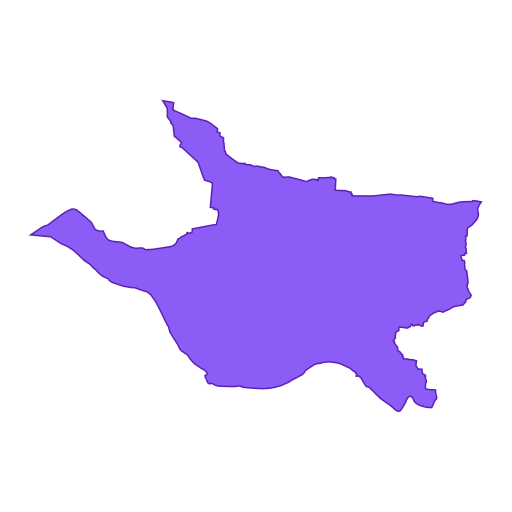 outline of Tha Ruea, Phra Nakhon Si Ayutthaya, Thailand
{"feature_id": "78962969B60015542915267", "entity_name": "Tha Ruea", "entity_type": "district", "adm_level": 2, "iso_a3": "THA", "parent_name": "Thailand", "parent_adm1": "Phra Nakhon Si Ayutthaya", "projection": "orthographic", "projection_center": [100.715, 14.546], "detail": "fine", "context": "isolated", "style": "filled", "palette": "violet", "viewbox_px": 512, "rotation_deg": 0, "n_neighbors": 0, "source": "geoboundaries", "source_scale": "gbopen_adm2", "svg_char_len": 6078}
<svg xmlns="http://www.w3.org/2000/svg" viewBox="0 0 512 512"><path d="M91.3,222.3L79.5,212.1L76.5,209.9L74.8,209.2L72.2,209.0L71.2,209.2L66.0,211.7L60.5,215.4L47.8,225.0L47.2,225.3L44.2,226.1L41.2,227.8L30.7,234.9L50.8,236.8L60.9,243.5L67.2,246.3L72.8,249.8L76.6,253.1L84.3,260.5L89.4,263.9L90.7,265.0L91.6,266.2L92.8,267.1L93.5,268.1L95.2,269.3L98.3,272.6L101.6,275.5L104.0,276.9L108.1,278.7L109.3,280.5L112.2,282.4L120.3,285.2L124.0,286.3L132.0,287.7L133.9,287.6L136.4,288.2L141.7,290.2L146.8,291.8L149.1,293.3L151.2,295.2L155.7,301.7L159.0,308.0L167.7,325.8L168.6,326.5L168.8,328.1L169.2,329.1L169.5,330.7L170.0,332.2L171.0,333.9L177.7,344.5L179.8,348.9L180.9,350.2L181.6,351.0L186.6,354.3L187.8,355.4L190.3,359.1L192.8,362.0L194.6,363.7L201.1,368.3L204.7,370.2L206.3,371.9L207.0,372.9L207.0,373.8L206.9,374.3L206.3,375.0L205.0,375.5L205.3,377.4L206.0,378.3L207.5,382.4L207.9,382.7L208.5,383.5L210.3,383.8L211.5,383.4L212.0,383.4L215.6,385.3L217.6,385.9L219.4,386.2L234.0,386.6L240.1,385.9L241.8,386.9L243.1,387.3L251.8,388.1L262.5,388.7L269.2,388.3L274.4,387.4L281.1,385.6L288.6,382.2L291.5,380.3L301.4,375.1L302.7,374.2L304.1,372.8L305.1,370.9L305.8,370.2L313.2,365.3L314.8,364.4L316.3,363.8L320.1,363.3L324.5,362.1L329.3,361.9L333.8,362.3L340.1,363.6L350.0,368.2L353.2,370.9L355.5,372.2L355.5,373.0L356.8,373.6L356.1,376.1L359.3,376.1L359.7,376.4L360.0,377.2L361.2,377.8L361.3,378.6L365.6,385.7L366.1,386.2L366.7,386.7L368.6,387.0L369.6,387.8L373.6,391.6L376.5,394.7L377.7,395.7L380.2,398.3L390.8,405.8L395.6,410.0L397.1,410.9L398.9,411.3L400.2,410.8L401.6,409.0L405.4,402.7L406.6,399.7L408.1,397.4L409.4,396.4L410.1,396.3L411.4,396.6L411.7,396.9L412.5,397.9L414.4,401.5L416.0,403.2L418.2,404.6L421.7,406.1L425.8,407.1L430.9,407.7L431.8,407.4L434.9,400.6L436.3,399.1L436.6,398.5L436.8,397.4L436.2,395.6L435.7,393.0L435.5,389.9L431.3,389.8L425.9,389.1L425.7,388.9L425.3,386.2L425.8,383.0L426.4,381.7L425.8,378.9L425.2,378.0L425.0,377.6L425.2,376.7L425.7,376.5L425.6,375.3L423.3,374.1L422.1,372.7L422.2,371.8L422.0,369.2L419.4,369.0L418.0,369.1L415.8,365.2L416.5,360.8L412.8,359.7L410.2,359.7L407.1,358.9L403.6,359.1L403.5,357.2L402.6,356.8L402.6,354.6L401.5,353.9L399.6,351.5L398.0,351.0L397.5,346.8L396.7,346.6L395.7,344.7L394.4,343.0L394.3,342.6L394.6,341.9L393.5,341.3L393.5,340.4L394.1,339.9L395.5,337.6L395.3,337.1L395.5,334.3L395.8,333.5L396.0,331.8L398.1,331.1L398.9,330.4L398.8,328.6L399.2,327.0L402.3,327.4L403.4,327.3L405.2,328.0L406.4,327.8L407.6,328.1L408.1,327.7L408.3,326.9L409.6,327.0L410.1,326.9L410.9,324.9L411.4,324.3L412.2,324.7L412.7,325.7L413.2,326.0L414.0,325.8L415.6,325.1L417.5,325.1L418.6,324.4L419.9,325.4L420.9,325.9L422.2,326.2L422.9,326.0L423.3,325.7L423.4,325.1L423.1,324.0L423.1,323.5L423.9,322.1L424.3,321.9L426.1,321.5L426.9,321.2L427.8,318.8L428.9,317.5L429.6,315.6L431.0,314.9L433.3,313.2L438.5,311.1L441.4,311.5L442.7,312.2L443.1,312.2L444.4,311.4L449.5,309.2L451.2,308.0L453.7,306.7L457.4,305.9L462.9,305.0L463.6,304.3L464.8,302.7L465.8,301.9L465.9,299.8L467.4,298.9L469.3,298.2L470.7,296.6L471.2,295.4L469.7,292.7L468.5,291.2L468.0,288.9L467.2,287.8L467.1,287.5L467.4,284.1L467.5,283.8L468.1,283.4L467.6,277.8L466.7,270.9L465.7,270.0L464.8,268.6L464.6,263.7L464.8,263.0L464.4,261.2L464.2,260.5L463.9,260.3L462.5,260.5L462.1,260.4L460.9,255.9L461.0,255.7L462.4,255.4L464.4,255.2L464.7,255.0L464.5,254.2L464.7,253.8L465.3,253.5L466.2,253.5L466.6,253.2L466.3,252.5L466.2,250.7L466.3,249.4L465.9,247.9L465.2,246.6L466.2,244.9L465.9,242.4L465.3,240.3L465.4,240.1L465.8,239.9L465.8,239.7L465.7,236.0L466.8,236.1L467.1,235.6L467.3,229.2L467.8,228.1L468.4,227.4L469.5,226.6L471.6,225.3L472.5,224.4L476.4,220.0L477.3,218.6L478.2,216.2L478.4,215.0L478.4,213.7L477.7,209.9L477.8,208.4L479.1,205.2L481.3,201.9L474.2,200.6L473.9,200.7L472.8,200.7L472.5,201.5L464.1,201.7L459.1,202.2L457.3,202.6L451.8,204.2L450.7,204.3L446.9,204.3L445.8,204.1L442.5,203.0L437.5,202.4L433.2,201.4L432.8,201.2L432.6,200.8L432.8,198.3L420.0,196.2L417.4,196.8L401.0,195.0L397.7,195.1L390.2,194.1L373.5,195.9L370.0,196.0L352.0,195.9L352.2,194.2L351.3,194.1L351.1,192.1L348.6,191.7L345.8,190.7L335.3,190.3L335.8,179.0L334.1,178.7L334.3,178.0L332.5,177.4L331.0,177.0L331.0,177.5L327.9,177.5L325.2,177.8L318.5,177.8L318.1,180.3L317.5,180.8L317.0,180.3L316.9,179.8L316.5,179.6L313.8,179.4L313.7,179.2L312.0,179.3L309.9,180.2L308.9,180.3L308.4,180.8L306.3,181.6L302.7,180.5L289.0,176.9L283.3,177.3L282.8,176.7L282.1,176.3L281.2,175.3L280.4,173.7L279.3,173.2L278.2,170.9L276.5,170.5L272.1,169.9L269.8,169.4L268.4,169.0L263.3,167.1L262.5,167.3L260.3,166.7L257.2,166.1L254.9,166.4L253.7,166.2L250.5,164.8L245.7,164.6L245.3,163.5L242.6,163.4L242.5,163.7L242.3,163.7L241.2,163.4L238.2,163.1L232.1,158.8L226.0,154.1L225.3,151.4L224.8,151.3L224.6,150.9L223.8,142.2L223.4,141.8L223.6,138.0L223.2,137.6L219.9,136.1L220.0,132.8L219.3,132.5L217.6,132.3L217.2,132.1L217.6,128.9L217.4,128.6L210.8,123.5L207.3,121.4L204.1,120.4L195.5,118.3L192.0,118.3L189.8,118.1L189.6,117.5L179.9,113.0L174.0,110.5L173.6,110.3L173.5,109.5L172.8,109.3L173.7,102.8L172.4,102.3L162.7,100.7L167.2,108.2L167.4,113.3L167.2,115.8L167.8,117.9L168.5,118.4L170.9,121.7L170.6,122.4L173.2,125.9L174.2,135.3L174.4,136.1L174.8,136.8L176.0,137.5L181.7,142.7L180.5,144.5L179.9,145.9L179.9,146.7L182.0,147.5L198.0,162.2L203.4,177.5L204.2,178.8L204.4,180.1L209.7,181.7L212.4,183.1L212.3,185.8L210.3,207.4L213.6,207.7L213.4,208.9L215.0,209.2L215.7,209.7L216.5,209.4L217.5,209.6L217.6,210.4L218.1,211.2L218.5,211.5L218.3,212.8L218.6,213.3L218.3,216.3L216.3,224.8L214.2,224.8L212.0,225.1L192.3,228.9L192.3,230.5L191.8,232.7L188.7,233.2L188.2,233.1L187.5,232.5L187.0,232.6L187.1,233.8L182.9,236.3L182.1,236.3L181.4,237.1L177.7,239.3L177.4,241.2L176.8,241.5L176.5,242.6L176.0,243.4L174.0,245.2L172.7,245.9L170.0,246.7L157.8,248.6L152.1,249.4L145.3,249.7L143.6,248.4L141.9,248.0L140.7,247.9L135.6,248.3L131.8,247.4L128.0,245.6L123.2,242.9L121.5,242.3L111.8,241.2L108.1,239.8L105.9,237.0L103.1,230.9L102.1,231.1L100.8,231.2L99.3,231.1L96.1,230.0L95.0,229.2L91.3,222.3Z" fill="#8b5cf6" stroke="#5b21b6" stroke-width="1.5"/></svg>